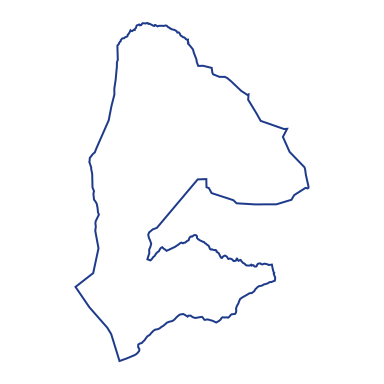 Santiago Laxopa, Oaxaca, Mexico
{"feature_id": "50627088B77723343468711", "entity_name": "Santiago Laxopa", "entity_type": "district", "adm_level": 2, "iso_a3": "MEX", "parent_name": "Mexico", "parent_adm1": "Oaxaca", "projection": "natural_earth1", "projection_center": [-96.318, 17.198], "detail": "fine", "context": "isolated", "style": "outline", "palette": "blue", "viewbox_px": 384, "rotation_deg": 0, "n_neighbors": 0, "source": "geoboundaries", "source_scale": "gbopen_adm2", "svg_char_len": 5347}
<svg xmlns="http://www.w3.org/2000/svg" viewBox="0 0 384 384"><path d="M308.4,187.9L308.5,186.6L305.9,175.0L305.3,170.7L305.1,169.2L304.5,167.3L289.6,151.9L282.9,136.9L287.1,128.8L283.9,129.0L260.7,120.9L256.6,113.6L248.1,99.6L248.3,98.2L248.3,97.8L248.5,94.4L247.4,94.9L241.2,90.9L231.0,81.2L227.2,78.0L224.9,76.9L219.5,76.9L213.1,74.3L212.3,72.4L211.7,67.9L203.1,65.8L198.2,65.9L196.7,61.8L196.5,59.7L193.8,52.6L193.0,49.5L189.4,45.0L188.7,44.2L188.1,43.8L187.9,43.1L188.4,42.6L187.8,41.1L187.9,40.1L187.6,40.3L187.1,39.6L185.8,39.1L185.2,38.1L184.3,37.5L183.0,37.2L182.4,36.6L180.6,35.5L179.7,33.4L178.7,32.4L177.4,32.6L176.8,31.5L175.8,30.6L174.3,29.9L174.0,29.8L171.8,29.3L170.6,28.5L170.3,28.6L169.1,27.5L168.4,27.4L167.6,26.6L167.0,26.0L166.6,25.7L166.0,25.5L165.6,25.5L165.1,25.6L163.8,25.9L163.1,25.9L162.5,25.8L160.9,25.8L159.3,25.8L158.7,25.9L157.8,26.3L157.4,26.3L155.4,25.0L155.0,25.0L154.4,25.9L153.5,25.8L149.5,23.7L148.8,24.0L147.9,23.5L147.6,23.0L146.3,23.2L145.8,23.5L143.4,23.2L142.9,23.4L142.5,23.3L141.7,24.2L141.4,24.8L141.1,25.1L140.8,25.1L140.0,25.3L139.8,24.8L139.2,24.5L136.7,25.5L136.3,26.6L136.1,27.2L135.9,28.0L134.7,29.2L134.7,30.0L133.6,29.9L132.2,31.1L131.5,31.0L130.8,30.7L130.5,30.4L129.5,32.5L128.6,33.9L127.8,34.7L127.6,35.8L127.3,36.4L126.6,36.7L125.1,37.3L124.1,38.2L122.7,38.3L122.1,38.6L120.7,40.3L120.7,41.2L119.7,42.1L119.1,43.0L118.8,44.1L118.1,44.9L117.5,45.3L117.4,46.0L117.8,59.7L116.9,62.6L116.9,66.4L116.0,75.7L115.7,79.4L114.3,88.8L114.4,94.5L111.5,105.9L108.7,120.3L96.5,148.1L94.8,152.4L93.0,153.9L89.8,157.9L89.6,161.2L89.3,161.8L91.2,167.6L91.2,169.0L92.2,174.0L92.5,187.4L94.0,191.2L93.4,193.7L94.0,199.6L95.4,201.4L96.7,203.7L97.5,207.6L98.0,212.3L98.9,214.6L95.7,221.2L95.4,223.5L95.8,226.4L95.3,230.7L95.3,230.9L95.3,231.1L98.5,248.3L93.2,273.1L75.5,286.9L89.4,307.3L107.3,327.7L111.2,334.1L119.5,361.0L126.8,358.4L134.6,355.1L136.3,354.1L137.5,353.0L139.1,351.1L139.4,349.1L138.1,347.0L138.3,344.5L140.1,343.4L141.7,343.1L143.2,341.5L144.4,340.4L146.3,337.7L147.5,336.2L149.6,335.0L151.1,333.2L153.5,330.7L155.3,329.6L157.4,329.3L159.6,328.4L160.8,327.4L161.4,326.9L161.8,326.7L163.3,325.8L165.0,324.4L167.0,322.6L169.4,321.7L172.4,321.0L174.3,319.7L176.5,317.3L178.5,315.5L180.1,314.5L181.6,314.3L183.2,314.0L185.1,315.0L187.6,316.6L188.3,315.7L190.6,315.6L192.6,317.1L195.3,318.0L199.6,317.2L201.9,316.9L202.6,317.4L204.4,319.8L205.4,319.8L207.7,319.4L211.1,320.4L212.7,320.8L216.2,322.5L217.7,321.7L219.5,320.6L220.7,319.4L221.6,317.9L222.5,317.3L224.8,317.5L226.8,317.3L228.1,317.7L229.4,316.7L230.6,315.1L231.6,314.3L233.6,314.1L235.1,313.9L235.9,312.6L236.3,310.9L236.0,308.6L236.9,306.0L238.3,303.6L239.1,301.3L240.1,299.0L242.5,297.3L246.1,295.3L249.6,293.2L251.7,293.1L254.3,291.1L255.3,289.3L257.6,287.1L258.9,286.2L260.6,285.9L262.2,285.5L263.9,284.4L265.8,284.0L267.8,283.3L269.7,282.1L271.5,282.0L273.0,281.4L274.9,280.6L275.2,278.0L275.0,276.9L274.4,275.9L274.2,274.9L273.7,273.6L274.2,272.9L273.9,272.6L273.2,270.9L273.0,269.8L272.6,268.4L272.4,267.2L271.9,264.6L268.6,265.0L267.5,264.3L266.7,264.1L265.7,263.9L264.5,263.7L264.3,263.7L263.5,264.0L262.5,264.4L261.2,264.1L260.5,263.5L259.9,263.4L258.3,263.6L257.3,264.5L256.9,265.3L256.6,266.2L256.1,266.5L254.7,266.5L254.3,266.3L253.7,265.4L253.3,265.2L252.5,265.1L251.8,265.6L251.1,264.7L250.3,265.4L248.8,265.6L247.6,265.5L246.6,265.4L245.7,265.0L245.0,264.1L244.1,263.4L243.3,263.1L242.6,262.5L241.3,261.0L240.8,260.1L240.4,259.9L238.9,260.6L238.5,260.8L237.9,260.0L237.1,258.6L236.8,258.6L236.4,259.2L236.3,259.8L236.0,260.5L234.7,261.0L233.6,261.0L233.2,260.7L232.9,260.1L232.4,259.7L231.6,259.1L230.2,258.6L229.4,258.6L228.6,259.0L228.3,258.9L227.7,258.1L227.0,256.9L226.6,256.5L225.5,255.8L224.9,255.6L224.3,255.8L223.6,256.2L222.8,256.8L221.9,258.0L221.4,257.9L220.9,257.4L220.0,255.9L219.5,254.7L218.9,253.4L217.8,252.5L216.9,252.0L216.5,251.6L216.6,251.0L216.3,250.5L215.6,250.0L215.0,250.1L214.2,250.1L213.2,249.9L212.5,249.5L211.6,249.3L211.0,249.6L210.5,249.4L209.9,248.8L209.4,247.5L209.0,246.4L208.4,245.6L207.6,245.1L206.9,244.6L205.8,243.6L204.9,243.1L204.5,242.6L204.1,242.1L203.6,241.9L203.0,241.8L202.1,241.4L201.5,241.0L201.1,240.9L200.2,240.5L199.5,240.1L198.8,239.5L198.2,239.3L197.7,238.7L197.1,238.1L197.0,237.7L196.9,236.9L197.0,236.5L196.8,235.9L196.3,235.4L195.8,235.2L195.0,235.0L194.4,235.2L193.6,235.4L193.2,235.8L192.5,236.2L191.9,236.7L191.3,236.4L190.8,236.5L190.5,236.8L189.8,237.3L189.5,237.8L189.2,238.4L189.0,239.3L188.5,240.4L187.9,240.6L187.2,240.8L186.6,241.5L185.0,242.7L184.1,242.7L182.9,243.3L182.3,243.0L181.4,242.6L180.3,243.1L178.6,244.4L176.6,245.8L175.1,246.8L172.8,247.9L170.2,249.1L169.6,249.4L169.2,249.7L168.5,249.9L166.6,250.8L166.5,250.7L166.1,250.4L165.0,249.5L163.9,248.8L163.2,248.2L162.3,247.2L161.8,247.5L161.0,247.9L160.3,248.6L159.8,249.4L159.4,250.2L159.0,251.1L157.7,252.0L156.1,253.5L154.6,256.0L153.2,257.1L151.7,259.2L150.5,260.4L147.4,259.3L148.6,255.3L149.3,253.3L149.2,249.5L150.4,246.9L151.2,243.7L150.0,240.2L149.0,238.1L148.2,234.9L149.1,232.4L150.6,231.2L151.6,230.3L152.9,229.3L154.6,228.7L156.0,228.2L156.9,227.8L161.8,222.0L197.7,179.4L206.3,179.1L206.5,187.2L208.9,188.1L211.6,193.1L233.4,200.2L236.6,203.3L255.0,204.4L276.4,204.3L291.4,199.8L294.2,195.1L305.5,187.9L307.5,188.4L308.4,187.9Z" fill="none" stroke="#1e3a8a" stroke-width="2"/></svg>